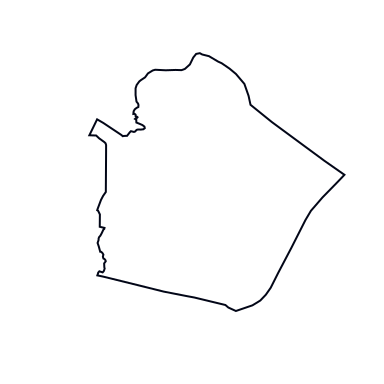 outline of Ashaiman Municipal, Greater Accra, Ghana, rotated 35°
{"feature_id": "2480657B85535261310615", "entity_name": "Ashaiman Municipal", "entity_type": "district", "adm_level": 2, "iso_a3": "GHA", "parent_name": "Ghana", "parent_adm1": "Greater Accra", "projection": "mercator", "projection_center": [-0.044, 5.699], "detail": "fine", "context": "isolated", "style": "outline", "palette": "ink", "viewbox_px": 384, "rotation_deg": 35, "n_neighbors": 0, "source": "geoboundaries", "source_scale": "gbopen_adm2", "svg_char_len": 1726}
<svg xmlns="http://www.w3.org/2000/svg" viewBox="0 0 384 384"><g transform="rotate(35 192 192)"><path d="M211.4,295.4L226.0,289.8L247.6,280.2L254.4,277.1L284.2,265.4L288.0,265.8L296.2,264.3L306.5,250.2L308.8,245.0L310.2,241.7L311.4,233.8L311.4,225.3L309.0,208.8L305.4,180.6L301.0,149.8L300.2,139.2L302.0,121.6L305.5,100.4L307.0,90.5L282.5,90.5L258.1,89.9L217.3,88.9L189.9,87.0L183.2,80.8L172.9,73.4L160.3,70.1L152.0,69.4L142.4,69.5L138.6,70.2L128.0,71.0L121.5,73.5L118.8,73.8L116.2,76.5L115.9,81.1L117.1,88.7L115.6,95.2L114.4,97.0L113.5,98.2L108.6,101.4L100.6,107.4L91.7,113.0L90.1,115.0L87.9,120.1L87.8,125.0L86.0,129.6L85.4,131.6L85.3,136.1L86.3,139.4L90.2,145.0L94.7,149.8L97.1,150.5L98.3,151.5L99.3,153.2L98.4,154.8L97.7,157.1L97.9,159.3L98.6,160.7L99.2,161.7L100.0,160.9L101.4,161.0L102.3,162.2L103.9,161.9L104.5,162.0L104.5,162.6L103.9,162.9L103.6,163.9L103.4,164.8L104.8,164.7L106.6,167.0L110.0,166.2L113.0,165.6L115.5,165.7L116.7,166.8L116.2,168.5L114.3,170.2L111.8,171.9L111.0,172.9L110.7,175.1L110.0,176.1L107.1,177.2L106.8,178.8L106.6,183.2L104.0,185.2L103.3,186.0L101.4,185.8L79.8,186.3L72.6,186.9L75.4,204.4L81.1,200.7L85.1,201.3L91.7,201.4L93.3,201.7L94.7,202.8L98.6,208.4L121.4,241.4L121.4,246.1L122.0,250.7L124.4,260.0L124.8,261.3L125.8,261.2L129.4,263.2L136.4,273.4L140.9,271.6L141.3,272.6L141.0,273.6L141.7,277.7L142.0,280.3L141.8,282.4L142.2,283.7L143.0,284.9L143.9,287.9L146.9,290.1L151.1,293.6L151.9,293.1L153.5,293.3L155.3,294.1L156.1,296.1L157.6,297.3L158.8,297.1L160.4,297.6L161.1,298.3L161.0,299.8L161.0,300.9L163.4,304.0L164.3,304.7L164.9,306.5L165.1,307.6L164.9,309.1L161.6,310.1L161.4,311.8L161.7,312.5L162.3,314.6L167.9,312.2L211.4,295.4Z" fill="none" stroke="#020617" stroke-width="2"/></g></svg>